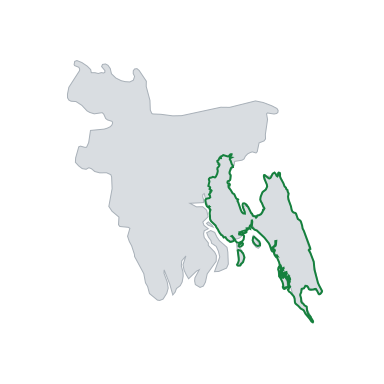 Chittagong highlighted on a map of Bangladesh, rotated 349°
{"feature_id": "BGD-2476", "entity_name": "Chittagong", "entity_type": "Division", "adm_level": 1, "iso_a3": "BGD", "parent_name": "Bangladesh", "parent_adm1": "", "projection": "orthographic", "projection_center": [91.588, 22.498], "detail": "fine", "context": "in_parent", "style": "outline", "palette": "green", "viewbox_px": 384, "rotation_deg": 349, "n_neighbors": 0, "source": "natural_earth", "source_scale": "10m", "svg_char_len": 9773}
<svg xmlns="http://www.w3.org/2000/svg" viewBox="0 0 384 384"><g transform="rotate(349 192 192)"><path d="M129.0,272.2L129.1,262.9L123.3,244.3L123.6,242.3L122.5,233.4L121.0,228.5L120.3,223.2L124.1,215.8L122.7,214.5L114.6,212.1L113.6,210.1L115.5,202.7L109.8,195.6L107.6,190.3L114.2,173.5L116.0,161.8L115.6,159.5L111.8,156.8L105.1,155.6L100.4,153.3L97.7,149.9L95.4,148.5L92.4,149.5L88.7,148.1L85.7,144.7L83.2,140.6L84.3,136.3L89.5,126.0L91.3,125.7L95.5,127.8L97.1,127.9L100.0,123.8L104.1,112.2L117.7,113.5L120.9,113.2L124.3,112.3L126.2,110.9L127.3,109.0L127.0,107.4L122.8,105.1L121.3,103.4L120.2,98.7L119.0,97.0L110.9,96.6L106.7,94.3L104.4,92.3L100.4,85.9L95.4,81.1L90.6,79.8L88.7,78.3L87.8,75.8L88.4,72.3L91.1,65.7L104.8,51.4L105.2,49.8L104.7,48.0L100.9,45.5L100.6,44.4L101.8,41.4L104.1,41.0L108.6,43.9L113.2,48.5L115.9,52.5L115.9,55.7L119.6,56.4L122.6,57.8L125.8,57.5L127.8,58.3L129.2,58.0L129.7,56.2L127.2,51.6L128.5,49.7L131.5,49.8L133.7,51.6L135.3,55.2L135.5,60.6L139.0,65.6L143.7,69.2L147.4,70.9L151.9,72.1L155.7,71.1L157.7,67.6L156.9,64.5L157.5,61.8L159.1,60.3L161.5,60.4L163.3,62.6L168.3,74.5L167.2,79.7L168.2,94.1L166.7,103.6L167.5,107.2L168.4,107.9L176.3,109.8L187.7,113.6L196.5,115.1L236.4,114.3L245.1,116.1L271.7,114.7L278.9,117.7L286.8,122.6L291.3,126.2L292.1,128.3L291.6,130.1L290.1,131.1L287.4,131.1L281.1,128.8L280.1,129.5L280.0,135.2L275.0,149.5L274.3,153.9L272.5,155.6L267.2,156.6L263.7,164.9L262.3,165.9L258.8,164.1L256.6,164.4L253.9,165.2L251.2,167.1L249.4,169.5L247.2,170.3L239.7,170.1L238.3,174.0L233.4,179.0L229.9,192.4L230.2,196.5L234.3,207.2L237.2,221.1L238.3,222.5L239.7,222.7L239.8,216.3L241.2,215.5L242.9,216.2L246.5,224.8L248.5,226.9L251.6,227.6L255.2,226.3L257.9,223.7L258.9,221.0L258.0,211.7L259.7,207.9L265.8,202.2L266.7,200.5L266.3,191.1L268.6,190.8L271.7,191.5L275.6,189.3L276.8,189.2L278.4,191.6L281.2,191.2L285.5,209.7L285.9,222.8L286.9,230.1L288.4,231.7L293.1,242.6L297.7,281.0L298.4,305.4L300.3,313.6L298.7,315.5L297.2,315.9L295.8,313.0L285.8,306.8L283.3,307.5L279.9,311.1L278.5,314.4L279.2,319.1L280.3,323.7L282.7,326.4L282.9,329.3L285.6,340.2L284.8,340.3L279.3,330.3L272.6,320.6L270.4,303.0L270.3,294.3L265.7,284.1L261.4,266.3L263.3,260.0L260.1,262.7L255.1,252.0L247.4,241.6L245.1,236.9L245.0,232.4L241.7,237.0L237.1,240.1L232.4,244.9L229.4,246.4L219.6,247.2L213.9,240.8L205.9,225.1L204.9,221.5L206.0,212.3L204.1,203.6L203.7,195.9L202.2,196.5L201.6,198.7L201.9,201.9L201.3,204.6L187.8,202.7L193.5,207.4L199.7,208.5L202.9,212.6L203.1,219.4L196.9,223.5L197.4,227.0L201.0,231.2L196.6,232.4L195.4,235.2L195.3,239.1L198.3,245.1L197.8,247.5L202.8,255.4L203.8,259.2L202.5,264.6L191.3,275.3L188.0,283.0L185.2,286.5L181.7,287.2L177.6,283.5L177.6,279.8L178.5,276.8L184.3,269.7L181.2,270.6L172.1,276.5L170.4,271.6L169.3,267.2L169.3,261.7L173.8,253.6L168.8,257.6L167.4,262.7L167.9,268.7L167.3,272.9L165.2,278.4L162.6,281.7L158.3,283.8L156.4,287.0L153.5,289.4L152.6,278.2L149.8,263.1L149.0,266.4L150.5,275.7L150.3,281.8L147.9,286.6L143.2,291.6L139.6,292.3L137.4,291.5L130.9,283.6L130.4,276.3L129.0,272.2ZM211.4,273.3L203.1,275.1L198.9,274.5L206.9,261.0L206.6,255.0L205.4,250.0L201.5,246.1L201.3,243.2L199.5,239.3L198.6,234.8L203.0,233.4L206.6,236.0L207.9,241.1L209.6,245.0L215.8,253.0L215.7,257.8L213.9,269.7L211.4,273.3ZM229.3,269.0L224.2,272.6L225.9,251.2L229.7,259.2L230.6,263.4L229.3,269.0ZM248.6,258.4L246.4,259.9L244.4,258.5L241.7,253.5L243.0,247.2L243.9,246.3L247.0,252.8L248.6,258.4ZM267.5,303.4L264.6,303.6L263.2,302.1L263.8,300.0L263.0,293.1L266.7,292.4L268.1,298.1L267.5,303.4ZM264.2,284.0L262.1,290.9L261.2,287.9L262.7,281.8L264.2,284.0ZM205.2,228.3L206.1,230.5L201.5,227.6L200.2,225.6L202.3,224.5L205.2,228.3Z" fill="#d9dde1" stroke="#a8b0b8" stroke-width="1"/><path d="M298.9,307.8L300.8,314.0L300.4,314.9L299.4,315.9L298.3,316.6L297.3,316.7L296.8,316.1L296.0,312.9L295.1,310.8L293.9,310.6L292.3,310.9L290.2,310.7L289.1,310.4L288.2,309.7L287.6,307.1L286.9,306.2L285.4,305.7L283.6,307.9L281.2,308.0L280.7,309.0L280.1,311.2L278.7,313.2L278.5,314.1L278.8,317.2L278.3,320.5L279.0,322.1L280.1,323.2L280.7,324.7L282.7,326.4L282.3,330.5L282.6,332.6L283.1,334.5L284.7,337.1L284.8,338.1L286.1,341.5L286.1,342.6L285.7,343.0L285.4,342.8L284.5,341.8L283.4,339.1L280.1,333.1L279.2,329.8L278.9,329.2L276.4,327.1L274.6,324.1L272.5,321.6L272.1,320.8L272.0,319.7L272.4,316.3L272.1,314.1L269.4,309.3L268.4,308.5L267.6,306.8L267.5,306.0L268.1,306.3L269.1,304.4L269.8,303.8L270.8,304.2L270.2,303.6L269.7,302.6L269.4,300.6L270.9,298.7L270.7,297.8L271.6,296.6L271.4,296.1L271.7,295.6L271.6,295.1L271.0,294.7L271.3,293.2L271.1,292.8L270.7,293.6L271.1,293.6L270.5,295.3L269.9,296.1L269.1,296.1L268.7,295.5L269.1,293.2L268.8,293.2L268.5,294.1L268.1,294.0L267.5,292.7L267.6,291.5L268.7,291.1L269.4,290.4L269.1,290.1L268.3,290.6L268.0,290.2L268.3,289.4L269.4,289.0L269.4,288.6L267.2,288.8L265.5,289.3L265.0,288.9L265.1,287.7L265.6,286.6L266.5,286.1L266.1,285.6L266.3,285.1L267.4,284.4L267.4,284.0L266.5,284.3L265.8,285.1L265.3,283.4L265.0,280.9L264.1,279.6L264.1,277.7L262.9,272.4L262.8,270.6L263.5,271.0L263.2,270.3L262.8,270.4L262.5,271.0L262.5,272.0L262.2,272.0L261.2,270.0L260.9,268.8L260.8,267.5L261.1,266.7L262.2,265.3L262.1,264.5L260.8,263.5L260.7,262.3L261.5,261.6L263.8,260.7L264.3,259.8L265.4,256.1L264.4,256.1L263.9,258.9L263.9,259.3L262.3,260.8L260.2,262.0L259.8,262.5L260.0,263.3L261.5,264.2L261.5,265.2L260.7,265.9L259.6,265.8L258.9,264.6L258.1,258.7L257.6,256.9L254.3,250.5L248.2,242.0L246.7,241.3L245.9,240.6L244.8,238.8L244.5,239.0L244.2,238.8L243.9,237.6L244.0,237.0L244.4,236.3L245.5,232.7L245.5,231.4L245.2,231.4L244.2,235.1L243.7,235.6L242.6,236.0L242.0,236.8L241.8,238.0L241.9,239.2L240.5,238.3L238.7,238.1L238.7,238.5L239.7,238.8L239.8,239.3L239.3,239.7L236.0,240.0L238.0,240.9L237.9,241.7L237.3,242.1L235.7,242.4L233.8,242.0L233.8,240.9L232.5,240.6L230.8,240.6L230.8,240.9L231.4,241.4L231.6,242.0L231.3,242.4L230.2,242.3L230.2,242.7L234.2,244.0L234.7,245.0L234.6,245.7L233.6,248.4L232.7,249.3L231.8,250.0L228.2,250.9L226.4,250.0L225.5,248.6L224.9,246.3L223.0,242.8L222.3,243.0L223.1,243.8L223.7,245.2L224.1,246.7L224.0,247.7L223.0,248.1L221.4,248.4L220.0,248.3L219.4,247.8L219.1,247.1L217.8,246.1L216.7,244.2L216.3,242.8L215.8,242.6L214.4,242.7L213.6,240.5L212.4,239.7L212.1,238.8L211.5,237.8L210.7,235.5L210.3,233.8L209.2,231.3L208.8,229.4L205.2,224.4L204.7,223.0L204.6,221.9L205.1,218.7L205.2,216.6L205.5,215.5L206.4,213.5L206.2,212.6L206.5,212.6L205.8,210.9L205.7,210.2L206.3,209.8L205.9,209.6L205.9,209.4L204.7,209.8L203.9,208.7L203.4,206.2L203.4,203.2L203.8,202.0L205.0,201.3L207.8,201.3L208.9,200.7L208.9,198.8L208.7,198.1L208.3,197.8L208.7,197.2L210.2,196.0L209.9,195.4L210.1,194.9L211.4,194.6L211.5,194.3L209.8,192.4L210.3,192.0L210.7,190.9L210.3,190.2L209.2,189.2L211.1,185.1L211.1,184.3L210.9,183.2L211.1,182.4L212.3,181.5L214.1,181.5L215.3,181.1L217.3,182.1L218.4,181.4L220.2,178.9L221.2,176.7L221.4,175.4L221.2,174.5L221.6,173.2L222.9,172.3L223.9,171.2L224.2,170.1L223.3,169.6L223.6,168.8L222.8,167.6L222.7,166.4L224.0,165.8L225.6,163.7L226.2,164.2L226.9,164.3L227.0,162.7L229.1,162.2L229.7,161.7L233.6,163.8L234.7,164.0L236.6,162.5L237.5,162.3L238.1,162.5L237.9,163.1L235.7,164.7L235.7,165.0L237.4,165.7L235.7,166.2L235.3,167.0L235.9,168.7L236.3,172.0L236.5,172.8L237.2,173.7L237.0,175.3L236.2,175.2L235.4,175.6L234.7,176.1L232.6,179.7L232.4,181.1L233.2,182.9L233.0,183.9L232.1,186.7L231.6,187.6L230.7,188.0L229.1,188.3L228.6,189.3L228.8,190.5L230.4,191.2L230.6,191.9L230.2,192.8L229.0,192.8L228.8,194.0L229.0,194.9L230.4,197.5L231.6,201.0L232.8,201.9L233.1,202.3L234.0,206.2L234.5,207.2L235.7,207.9L235.9,208.2L234.9,209.5L235.4,210.9L236.5,219.2L237.1,221.3L238.2,222.8L239.8,223.3L240.0,221.6L239.1,217.2L239.1,214.9L239.4,213.7L239.9,213.0L241.0,213.0L241.9,213.7L243.0,215.4L243.1,215.0L243.4,215.4L243.4,216.3L244.2,217.0L246.1,224.2L246.8,224.7L247.1,226.8L247.7,227.4L249.6,228.1L250.0,229.4L250.8,228.9L251.5,227.6L251.9,227.5L252.9,227.7L255.2,227.1L255.8,226.7L257.3,225.2L258.1,224.0L258.1,223.3L258.3,223.1L259.1,223.1L260.0,221.9L259.2,219.7L258.5,216.2L257.8,214.5L257.5,212.5L258.4,209.9L261.0,205.8L261.8,205.2L264.4,204.0L265.1,203.5L266.8,201.0L266.9,198.9L265.6,193.0L265.5,191.0L265.6,189.9L265.9,189.2L266.6,189.2L269.8,193.1L270.5,193.5L271.6,193.2L272.4,192.5L274.7,189.4L276.7,188.7L277.6,190.2L278.1,192.2L278.8,193.0L279.5,192.3L280.1,190.0L280.8,189.5L281.8,190.0L281.9,191.1L281.4,193.3L281.5,195.0L283.4,200.9L283.9,204.2L285.0,205.6L285.1,207.1L286.1,208.2L286.1,210.2L286.6,212.0L285.4,214.8L285.2,217.6L286.4,224.9L286.4,228.5L286.8,230.2L287.7,231.5L289.3,232.2L290.0,233.0L290.7,238.6L292.6,240.5L293.1,241.3L293.3,242.1L293.7,246.0L293.6,249.0L294.4,251.5L297.3,269.2L297.3,270.5L296.0,270.8L295.5,271.3L296.6,274.7L298.2,283.7L297.4,291.6L298.3,305.2L298.9,307.8ZM229.2,259.6L229.6,260.9L230.3,261.6L230.7,263.4L231.0,266.3L228.8,270.5L227.1,271.7L226.5,271.9L226.0,272.8L225.1,273.4L223.1,273.1L222.6,272.7L222.3,272.0L223.7,270.3L224.9,268.1L225.3,265.6L225.7,258.0L226.5,257.8L228.2,258.7L229.2,259.6ZM266.8,289.3L266.9,292.7L268.7,296.1L269.1,298.2L268.5,302.6L268.0,303.5L264.8,303.5L265.1,304.5L264.5,304.8L264.0,304.8L263.3,304.1L263.0,302.8L263.0,302.4L263.7,301.4L263.8,299.6L263.6,297.5L262.6,294.1L262.9,292.2L263.7,290.7L264.3,290.7L265.0,291.3L265.2,291.9L264.5,294.3L265.2,293.4L265.5,292.1L265.5,290.8L265.1,289.7L266.8,289.3ZM244.4,247.8L248.6,253.4L249.0,255.6L248.6,257.3L246.3,257.6L244.8,256.7L243.4,254.7L242.6,252.6L242.3,251.0L243.4,248.3L244.4,247.8ZM264.5,284.9L264.3,285.8L263.6,287.1L263.3,288.9L262.3,291.7L261.8,292.2L261.4,291.3L262.2,287.0L261.8,284.4L262.4,282.8L263.5,281.6L263.8,281.9L264.5,284.9ZM228.0,252.8L231.7,251.5L232.2,252.5L231.7,253.7L229.7,254.8L228.5,254.9L227.5,254.2L228.0,252.8Z" fill="none" stroke="#15803d" stroke-width="2"/></g></svg>